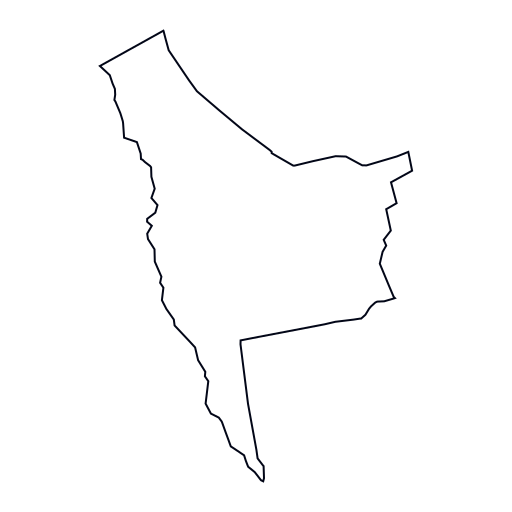 the district of Reifi Aroma, Kassala, Sudan
{"feature_id": "16777658B59678801632413", "entity_name": "Reifi Aroma", "entity_type": "district", "adm_level": 2, "iso_a3": "SDN", "parent_name": "Sudan", "parent_adm1": "Kassala", "projection": "robinson", "projection_center": [35.864, 15.736], "detail": "fine", "context": "isolated", "style": "outline", "palette": "ink", "viewbox_px": 512, "rotation_deg": 0, "n_neighbors": 0, "source": "geoboundaries", "source_scale": "gbopen_adm2", "svg_char_len": 1681}
<svg xmlns="http://www.w3.org/2000/svg" viewBox="0 0 512 512"><path d="M99.9,66.0L109.8,75.2L112.6,83.6L114.9,88.9L115.2,94.7L114.4,100.0L115.4,101.5L119.5,111.2L120.3,113.1L121.1,115.6L122.8,121.2L123.1,123.3L123.8,133.4L124.1,137.7L136.9,142.1L140.7,153.6L141.0,159.1L142.6,159.8L145.0,162.1L150.1,166.0L151.1,167.3L151.4,176.8L154.7,188.7L151.4,198.0L157.5,205.1L155.3,212.7L147.2,218.8L147.1,221.7L151.8,225.8L147.2,233.7L148.0,239.1L154.5,249.3L154.8,261.6L161.4,276.7L160.1,282.8L163.4,287.7L161.9,300.2L166.4,309.0L173.8,319.5L174.6,325.5L189.2,341.0L195.1,347.4L198.1,360.2L205.3,371.8L204.9,376.3L208.3,381.2L205.6,403.6L210.9,413.6L218.8,417.6L220.2,419.5L221.7,421.5L222.3,423.0L225.6,432.2L228.7,440.6L230.2,444.8L230.8,446.4L234.3,448.7L237.7,451.0L238.1,451.2L240.5,452.9L244.1,455.3L245.8,460.7L247.6,465.4L248.2,466.8L253.5,471.1L254.8,472.2L256.5,474.4L257.3,475.4L260.5,479.6L261.1,480.3L263.2,481.3L264.0,478.2L263.6,466.1L262.8,465.2L257.6,458.4L256.4,449.8L248.0,403.7L240.5,344.3L240.6,340.4L258.0,337.0L324.6,324.3L335.3,321.8L353.6,319.6L360.1,318.6L361.1,318.6L365.4,314.8L369.1,308.7L371.1,306.3L375.3,302.5L377.2,301.6L384.2,301.3L392.4,298.9L394.9,298.1L393.7,296.9L388.7,285.1L379.8,263.7L382.6,251.8L386.2,245.6L383.7,239.8L390.8,230.6L386.2,209.2L396.6,203.2L391.0,182.3L412.1,170.7L408.3,151.9L397.0,156.4L366.5,165.4L362.2,165.3L358.8,163.5L345.9,156.5L344.8,156.5L335.6,156.2L330.6,157.3L312.8,161.2L294.7,165.6L293.2,165.6L271.7,153.2L271.6,151.7L269.8,150.1L242.1,129.4L219.2,110.3L198.4,92.5L196.9,91.2L189.0,80.3L168.7,50.3L165.4,38.2L163.6,31.2L163.5,30.9L163.4,30.7L99.9,66.0L99.9,66.0Z" fill="none" stroke="#020617" stroke-width="2"/></svg>